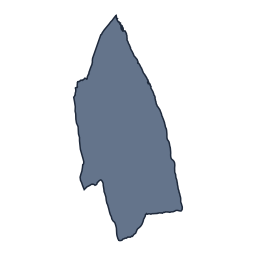 outline of Karura, Semenawi Keyih Bahri, Eritrea
{"feature_id": "51966322B45199582240714", "entity_name": "Karura", "entity_type": "district", "adm_level": 2, "iso_a3": "ERI", "parent_name": "Eritrea", "parent_adm1": "Semenawi Keyih Bahri", "projection": "equal_earth", "projection_center": [38.724, 17.385], "detail": "fine", "context": "isolated", "style": "filled", "palette": "slate", "viewbox_px": 256, "rotation_deg": 0, "n_neighbors": 0, "source": "geoboundaries", "source_scale": "gbopen_adm2", "svg_char_len": 5650}
<svg xmlns="http://www.w3.org/2000/svg" viewBox="0 0 256 256"><path d="M84.2,189.6L87.0,186.8L90.0,185.3L90.9,184.6L91.4,184.3L92.5,184.3L92.9,184.1L93.6,184.4L94.3,184.6L94.5,184.8L95.0,185.3L95.5,185.0L96.4,184.6L96.9,183.9L97.3,182.6L97.5,182.3L98.3,181.8L98.8,181.1L99.2,180.7L100.6,179.9L101.2,180.1L101.7,180.5L101.9,180.9L102.7,182.2L103.2,183.7L103.2,185.2L103.9,189.4L104.1,191.8L104.6,192.9L105.9,197.0L106.2,200.0L106.8,203.0L107.2,203.9L107.5,204.4L107.9,205.7L108.8,209.0L109.6,212.3L110.3,214.6L111.4,216.8L111.7,218.4L111.8,218.8L112.7,220.4L113.4,221.3L114.3,222.0L115.0,223.1L115.3,224.0L115.7,225.3L116.1,226.8L116.4,228.1L116.7,233.7L117.0,235.6L117.9,238.6L118.1,239.1L118.5,239.5L118.7,240.0L118.7,240.3L119.6,240.6L120.4,240.6L121.8,240.3L122.1,240.1L122.7,239.3L123.2,238.9L124.0,238.8L125.0,238.2L126.6,238.1L127.4,237.3L127.7,237.1L128.4,237.2L129.0,237.0L129.9,237.2L130.3,237.2L131.6,236.2L132.0,236.5L132.5,236.3L133.6,234.8L134.1,234.2L134.8,233.8L135.7,233.1L137.1,229.6L137.9,228.6L138.6,228.1L140.5,226.4L141.9,224.4L143.0,221.7L143.4,220.2L143.6,219.2L144.1,218.4L145.2,216.2L145.5,214.5L146.0,214.3L146.5,213.6L147.0,214.1L147.7,214.2L148.2,213.9L148.5,213.8L149.7,213.8L150.5,214.1L151.1,214.1L151.7,213.8L152.9,213.6L153.6,213.7L154.2,213.6L154.7,213.6L155.4,213.5L156.0,213.6L156.8,213.4L157.2,213.5L157.6,213.2L158.3,213.2L159.2,212.8L160.4,213.0L161.1,212.8L162.1,213.2L162.4,213.2L163.5,212.4L163.9,212.3L164.6,212.4L165.5,211.9L168.2,212.0L169.8,212.3L171.4,211.8L172.9,211.8L174.6,211.2L176.0,210.4L177.8,210.4L179.1,210.8L180.8,211.0L181.2,210.9L181.5,210.6L182.3,209.0L182.2,208.7L182.3,207.2L182.2,206.6L181.7,205.0L181.5,204.1L180.7,202.0L180.7,198.5L180.5,197.1L180.1,195.9L179.6,193.6L179.1,192.3L179.1,192.0L179.0,191.9L178.8,190.5L178.2,189.0L177.8,186.1L177.5,185.0L177.3,182.8L177.1,182.4L177.0,181.3L176.9,181.1L176.8,180.1L175.9,177.5L175.6,174.4L174.8,172.5L174.7,171.8L174.7,170.8L174.6,168.1L174.8,165.4L174.7,163.9L174.5,162.6L174.2,162.0L173.9,161.3L172.9,160.2L171.8,159.3L171.2,158.5L171.0,157.9L170.7,156.5L170.7,155.8L170.6,155.1L170.7,153.2L170.6,151.2L170.3,147.8L169.7,145.6L169.5,144.1L169.0,142.0L168.3,140.8L167.5,139.8L167.4,139.3L167.1,138.8L166.9,137.0L166.9,134.2L166.6,130.5L166.3,128.9L165.5,127.2L165.2,126.0L165.2,125.6L165.0,125.1L164.9,124.3L164.6,123.7L164.6,123.0L163.3,119.2L162.7,117.9L162.5,117.1L161.8,115.7L161.4,113.8L161.1,113.0L160.8,112.4L160.5,111.5L160.0,110.3L159.9,109.9L158.9,108.4L158.1,107.1L157.3,106.3L156.9,105.0L156.3,104.1L156.3,103.5L156.0,102.7L156.0,101.9L155.6,101.0L155.3,99.3L155.1,98.8L155.0,98.2L155.1,97.6L154.8,96.2L154.0,95.1L153.8,94.2L153.4,92.9L153.2,92.6L152.9,91.6L152.1,90.2L151.8,89.8L151.6,89.2L151.0,88.5L150.9,87.9L150.9,87.0L151.1,87.2L151.2,87.3L151.0,87.0L151.0,86.5L150.5,85.8L150.3,85.1L150.2,85.3L149.4,83.6L148.9,83.0L148.7,83.0L148.8,83.4L148.8,83.7L148.7,83.8L148.3,83.8L148.1,83.6L148.1,83.1L148.3,82.8L148.5,82.8L148.3,82.6L148.4,82.3L148.6,82.2L148.4,81.9L148.3,82.3L148.0,82.5L147.7,82.5L147.6,82.4L147.6,82.1L147.8,81.8L148.3,81.2L148.2,81.1L148.1,80.8L148.0,80.4L147.9,80.4L147.7,79.9L147.7,79.7L147.4,79.6L147.3,79.2L146.8,78.3L146.7,77.8L146.0,76.8L145.9,76.4L145.7,76.4L145.2,75.6L144.7,74.5L144.1,73.9L143.2,72.6L143.1,72.2L143.0,71.8L142.6,71.2L142.4,70.2L141.9,69.3L141.5,68.1L141.3,68.0L141.0,67.5L139.4,64.3L138.6,63.3L138.0,63.3L137.7,63.0L137.7,62.7L138.0,62.2L138.0,61.8L137.7,60.9L137.4,60.5L137.2,59.6L136.9,59.2L136.0,58.2L135.4,57.3L134.3,56.3L134.3,56.2L134.1,56.0L133.0,53.2L132.7,52.8L132.2,51.6L131.2,50.0L130.9,49.2L130.7,49.0L130.4,48.2L130.5,47.6L129.8,46.2L129.5,45.2L128.4,43.3L127.9,41.6L127.3,40.6L127.0,39.9L127.1,38.9L126.9,36.7L126.9,35.7L126.8,35.3L126.4,34.3L126.4,33.4L125.8,32.5L125.3,31.2L125.1,31.0L123.4,30.8L123.1,31.0L122.8,30.9L122.8,31.0L122.7,31.0L122.6,29.9L122.8,29.6L123.1,30.0L123.3,30.2L123.2,29.5L123.2,29.1L122.8,29.2L122.1,29.8L121.7,29.8L121.5,29.6L121.4,29.1L121.3,28.7L121.4,28.3L121.4,28.1L121.5,28.0L121.1,28.0L121.1,27.8L121.0,27.3L121.0,26.8L121.1,26.4L120.7,25.1L120.7,24.4L120.1,24.4L119.9,24.1L120.0,23.5L120.3,23.0L120.1,22.9L120.0,23.0L119.2,22.8L119.1,22.5L119.2,22.2L119.0,21.9L118.8,22.0L118.3,21.9L118.2,21.7L118.2,21.4L117.9,21.3L117.6,20.9L117.0,19.6L117.1,19.2L117.5,18.6L116.9,18.2L116.5,18.4L116.3,17.9L116.4,16.5L116.2,15.4L115.7,15.7L115.1,16.7L114.7,17.0L112.1,20.5L110.7,21.9L108.9,24.3L104.4,29.7L102.2,32.9L101.6,34.3L101.2,34.7L100.8,34.8L92.7,58.0L92.5,58.8L92.4,60.2L92.3,60.9L92.4,61.8L92.4,62.6L92.1,63.1L92.1,64.1L90.6,67.7L89.3,71.5L89.0,72.1L88.9,73.4L88.6,73.9L88.6,74.4L88.4,74.4L87.4,76.6L87.2,77.5L87.2,78.6L87.1,78.9L86.7,79.1L86.5,78.8L86.4,78.9L85.4,78.3L84.8,78.2L84.0,79.2L83.1,79.7L83.1,79.9L82.8,80.0L82.2,80.4L81.9,80.1L81.0,80.3L80.9,80.2L80.5,80.3L80.1,80.7L80.0,81.0L78.8,81.7L78.7,81.7L78.4,81.5L77.7,81.7L77.6,81.9L77.5,82.4L77.3,82.8L77.4,83.9L77.2,84.7L77.2,86.2L77.4,86.6L77.4,87.0L77.0,87.6L76.8,87.6L76.5,87.4L75.8,87.7L75.4,88.0L75.5,88.5L75.6,88.8L75.8,90.0L75.7,91.3L75.7,91.8L75.4,92.6L75.2,93.2L75.3,94.9L74.9,95.0L74.7,95.8L74.4,96.4L73.8,97.1L73.7,97.2L74.5,101.6L75.3,106.6L75.1,111.1L75.7,113.8L75.9,119.3L76.5,123.1L78.1,126.7L78.5,134.0L79.5,137.4L79.5,140.8L80.4,149.4L83.2,159.3L83.8,161.8L83.6,163.7L82.9,164.9L82.7,164.9L82.5,167.2L81.9,171.1L80.8,174.5L80.1,177.2L80.5,180.3L81.6,182.6L82.5,185.3L84.2,189.6ZM122.0,25.7L121.7,25.5L121.9,26.0L121.8,26.4L122.0,26.2L122.2,26.5L122.2,26.1L122.0,25.9L122.0,25.7ZM123.0,27.9L122.7,27.3L122.5,26.9L122.5,27.0L122.7,27.7L122.5,27.8L122.5,28.0L122.8,27.9L122.9,28.2L123.0,28.1L123.0,27.9Z" fill="#64748b" stroke="#1e293b" stroke-width="1.5"/></svg>